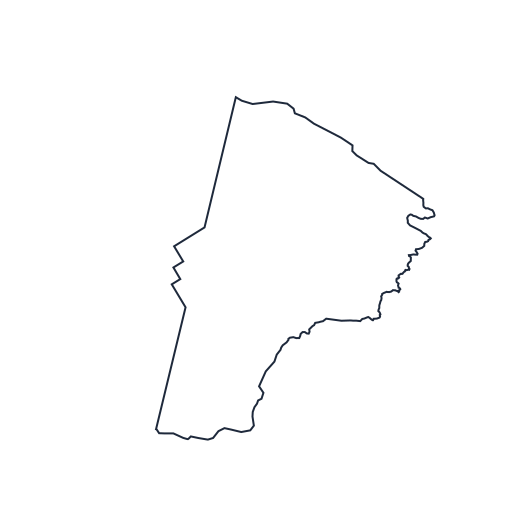 the district of Mariposa, California, United States of America, rotated 149°
{"feature_id": "52423323B20525606755783", "entity_name": "Mariposa", "entity_type": "district", "adm_level": 2, "iso_a3": "USA", "parent_name": "United States of America", "parent_adm1": "California", "projection": "albers", "projection_center": [-120.075, 37.542], "detail": "fine", "context": "isolated", "style": "outline", "palette": "slate", "viewbox_px": 512, "rotation_deg": 149, "n_neighbors": 0, "source": "geoboundaries", "source_scale": "gbopen_adm2", "svg_char_len": 3144}
<svg xmlns="http://www.w3.org/2000/svg" viewBox="0 0 512 512"><g transform="rotate(149 256 256)"><path d="M83.2,218.7L83.2,218.8L105.3,264.9L107.6,274.4L111.6,277.8L117.9,290.4L119.4,296.3L116.3,301.1L122.3,313.8L138.2,339.6L142.4,349.4L149.2,358.3L147.9,362.9L150.8,370.5L161.8,379.6L180.6,388.0L188.2,396.4L191.5,402.5L285.4,307.0L321.2,306.5L321.2,288.8L332.7,288.7L332.8,275.2L342.8,275.1L342.8,248.3L430.8,159.1L430.5,158.9L430.3,154.0L425.4,150.8L418.2,146.5L412.1,137.6L409.7,135.0L408.7,134.1L407.5,134.2L404.8,134.9L399.3,129.8L393.6,124.9L391.8,123.4L386.5,122.1L378.4,125.2L371.7,124.7L366.9,120.2L359.3,112.7L350.7,109.5L345.2,111.7L341.7,120.2L339.1,124.0L335.2,127.2L331.2,128.9L328.6,131.1L324.8,130.8L320.1,134.9L320.5,142.7L307.0,152.1L294.6,156.0L289.0,160.8L285.6,162.1L283.4,162.9L281.6,164.5L279.1,165.7L274.3,166.2L271.4,167.4L270.9,168.3L269.0,168.5L265.8,167.2L263.8,164.9L261.2,163.4L259.3,164.7L257.9,166.2L255.3,166.8L253.3,165.6L252.3,163.4L250.8,162.3L249.1,163.5L248.2,165.7L243.7,166.8L241.8,166.8L239.7,168.2L236.4,166.9L234.7,166.5L232.1,165.6L230.7,165.8L228.1,166.1L222.1,161.3L216.1,156.5L208.2,152.1L205.7,150.3L203.2,148.8L200.2,146.5L197.3,147.3L195.4,146.6L192.7,146.2L191.2,145.9L190.5,144.5L189.9,142.6L189.2,141.0L188.7,140.7L187.9,141.2L187.5,141.6L186.2,140.9L184.6,140.1L181.9,139.6L180.9,140.1L180.3,141.7L179.5,141.8L179.2,142.8L179.1,144.1L179.5,145.8L178.4,147.0L177.1,147.9L176.1,149.6L175.6,150.3L174.0,151.7L172.6,153.1L171.5,153.6L170.1,155.2L169.6,156.4L169.5,156.9L167.8,157.8L167.4,158.5L166.0,158.5L164.9,158.4L163.9,158.2L162.4,158.0L161.9,157.4L161.1,157.0L160.6,156.5L159.7,156.3L158.8,155.9L157.9,156.0L157.1,156.0L156.2,156.2L155.4,155.6L154.3,154.9L153.7,154.0L153.1,153.3L152.6,153.1L152.4,152.5L152.5,152.1L152.4,151.6L151.7,151.7L151.3,152.3L151.1,152.9L150.3,153.0L149.9,153.0L149.4,153.2L149.3,153.9L149.6,154.8L150.1,155.4L149.8,156.0L149.5,157.5L148.9,158.1L148.4,158.6L148.0,158.9L148.3,160.1L148.8,160.9L148.6,162.0L147.9,163.2L147.4,163.9L146.4,164.1L146.1,163.6L145.2,163.5L144.3,163.9L144.4,164.7L143.8,165.9L142.1,166.1L140.8,166.1L140.4,165.6L139.6,165.3L138.5,165.8L137.0,166.2L136.3,166.1L135.7,166.6L135.4,167.0L134.8,167.0L134.3,166.3L132.3,165.8L131.9,165.3L131.1,165.8L131.2,166.6L130.7,167.9L131.1,169.4L130.5,170.3L129.7,171.0L128.6,171.5L125.9,172.0L124.0,175.0L124.3,176.6L124.8,177.2L124.5,178.0L123.2,177.3L120.3,176.3L118.7,175.1L117.1,174.1L116.3,174.8L116.3,176.9L116.5,178.4L115.3,179.4L114.7,179.0L112.6,178.1L109.5,177.5L106.6,178.0L105.4,179.8L103.7,180.9L102.2,180.2L100.8,180.1L99.8,181.0L98.9,180.8L98.0,180.8L97.1,181.1L97.4,182.2L97.9,182.8L98.3,184.0L98.6,184.7L98.8,186.1L99.2,187.4L100.3,188.7L101.2,190.3L101.8,192.6L104.1,196.4L105.9,199.3L108.2,202.9L108.8,206.3L107.7,208.0L106.8,210.8L104.7,212.0L102.3,212.1L101.2,211.1L100.5,209.4L98.5,207.5L97.0,204.8L95.6,203.0L93.6,201.7L91.4,202.0L89.5,199.7L86.2,199.3L84.7,198.8L82.9,198.3L81.9,199.0L81.7,199.9L81.2,201.7L81.2,204.4L82.7,206.2L84.1,208.4L85.9,209.3L86.9,211.8L86.4,213.4L85.1,215.4L84.5,216.7L83.7,218.3L83.2,218.7Z" fill="none" stroke="#1e293b" stroke-width="2"/></g></svg>